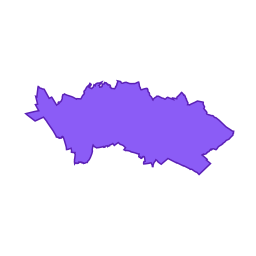 the district of Scoarta, Gorj, Romania, rotated 20°
{"feature_id": "2599482B81559571756333", "entity_name": "Scoarta", "entity_type": "district", "adm_level": 2, "iso_a3": "ROU", "parent_name": "Romania", "parent_adm1": "Gorj", "projection": "robinson", "projection_center": [23.445, 45.024], "detail": "fine", "context": "isolated", "style": "filled", "palette": "violet", "viewbox_px": 256, "rotation_deg": 20, "n_neighbors": 0, "source": "geoboundaries", "source_scale": "gbopen_adm2", "svg_char_len": 5629}
<svg xmlns="http://www.w3.org/2000/svg" viewBox="0 0 256 256"><g transform="rotate(20 128 128)"><path d="M90.1,179.8L90.2,179.4L90.5,179.3L90.5,178.9L90.9,178.7L91.6,178.6L92.0,178.8L92.7,178.5L92.9,178.1L93.3,178.0L93.2,177.8L93.2,177.5L93.5,177.5L93.6,176.9L93.9,177.1L94.0,177.0L94.0,176.8L94.0,176.7L94.5,176.6L95.1,176.1L95.5,176.1L95.6,176.4L95.9,176.5L96.3,176.1L96.8,176.3L97.0,176.0L97.3,176.0L97.2,176.4L97.6,176.4L97.6,176.2L97.8,176.1L98.2,176.3L98.2,176.1L99.3,176.0L100.2,175.1L100.5,174.7L101.5,174.3L101.6,172.8L102.1,171.9L102.4,170.7L102.7,168.7L102.8,164.5L102.5,162.0L101.7,160.3L101.4,158.3L101.1,157.1L101.1,156.0L102.7,157.0L105.5,157.4L105.9,157.0L107.3,156.4L110.2,154.6L111.0,153.9L111.5,154.4L111.9,154.0L112.3,154.1L112.8,154.0L112.9,153.8L112.7,153.2L113.0,152.8L114.5,151.8L115.2,152.5L115.5,152.0L116.7,151.0L116.4,150.6L118.6,148.5L119.0,147.8L121.1,149.1L122.7,146.6L123.8,145.0L126.4,146.1L127.2,145.9L129.6,146.1L132.4,147.4L131.6,149.8L132.2,149.8L133.3,150.1L134.2,149.7L136.2,149.2L137.8,149.1L139.1,149.4L141.4,149.1L143.9,148.9L144.9,149.0L145.5,148.8L146.3,148.8L146.6,149.0L147.2,148.6L147.8,150.1L147.7,150.4L147.9,151.2L148.3,151.3L148.7,151.6L149.0,151.5L149.5,151.1L150.3,151.2L150.2,151.5L150.1,151.9L150.6,152.1L150.8,152.0L150.5,151.8L151.2,151.4L151.4,150.7L151.7,150.4L151.6,150.1L151.7,149.8L152.0,149.7L152.3,149.8L152.6,149.4L152.9,149.6L153.2,149.5L153.8,150.3L155.5,153.5L154.5,154.0L154.6,155.6L155.1,156.4L157.0,155.5L159.8,154.0L161.4,152.8L163.3,154.4L164.1,155.9L164.7,155.7L164.3,154.5L164.2,152.5L164.4,151.2L165.0,149.5L165.0,148.3L166.0,148.5L168.0,149.7L171.6,150.7L176.0,143.0L185.7,144.2L185.7,143.9L193.1,144.7L193.2,144.4L200.0,145.2L200.5,145.6L201.9,145.0L202.9,145.1L203.2,145.3L204.7,145.7L206.5,146.1L208.1,146.1L210.7,147.4L217.7,133.2L212.7,131.3L213.1,130.4L207.6,128.3L206.8,128.1L206.8,127.8L207.3,127.4L207.7,127.3L207.7,126.9L207.8,126.7L208.6,126.7L208.9,126.6L210.2,125.5L210.6,124.8L210.6,124.1L211.0,123.8L211.0,123.5L212.1,122.5L212.5,121.2L212.6,120.9L212.8,120.3L213.0,120.6L213.5,120.0L213.8,120.1L214.0,119.9L214.2,119.6L214.1,119.1L214.3,119.1L214.9,118.5L215.4,118.3L218.1,118.3L218.8,116.9L219.2,115.0L219.9,113.8L221.5,111.9L222.4,110.5L222.2,110.3L223.6,108.3L224.1,107.3L224.5,106.1L226.7,104.0L228.2,100.4L229.0,99.1L228.5,97.2L228.9,97.1L228.4,94.9L227.2,95.2L219.7,93.4L210.9,89.5L206.9,88.2L206.3,88.5L205.3,88.3L204.1,87.5L202.9,87.5L201.8,87.9L200.4,87.8L199.3,88.0L197.3,87.9L197.0,87.7L196.8,87.2L196.8,86.4L196.1,85.8L192.5,83.8L192.8,82.8L192.5,81.6L191.9,81.3L190.6,80.0L190.2,79.2L190.0,78.2L189.8,78.0L184.0,78.9L182.1,81.0L178.9,84.1L178.0,85.3L177.6,85.2L176.0,85.7L175.9,84.4L175.6,83.7L174.8,83.1L174.5,82.6L173.7,82.1L173.2,81.4L173.1,80.9L172.2,80.3L171.4,79.4L171.0,78.8L170.5,78.4L170.1,77.9L169.2,77.7L169.3,78.0L169.2,78.1L168.6,77.3L168.0,77.2L166.6,76.3L166.2,76.2L165.8,77.0L165.3,78.5L164.2,80.9L163.5,82.1L163.5,82.6L163.8,83.8L159.8,84.5L161.0,85.7L155.9,85.7L154.9,85.5L154.0,86.4L153.5,87.6L152.9,88.3L151.4,88.0L149.7,88.2L145.8,87.7L145.1,88.1L144.4,88.1L144.1,88.4L143.7,89.4L142.7,90.6L142.3,91.5L142.0,91.9L141.9,92.5L141.9,93.2L141.6,93.1L140.8,92.1L139.3,90.8L138.4,90.5L138.0,90.2L137.0,89.7L136.4,88.4L135.8,87.6L134.8,87.2L134.1,86.5L133.9,86.1L133.8,85.5L133.0,85.0L133.1,84.8L132.8,84.4L132.2,84.3L131.5,84.6L128.7,86.5L128.6,86.8L127.5,87.5L127.0,87.6L126.6,87.2L126.4,86.8L126.1,86.7L125.8,86.0L124.4,84.8L124.0,83.8L123.3,82.8L123.2,82.4L122.3,81.2L121.3,81.9L120.1,83.2L119.2,83.9L115.6,85.3L114.1,85.7L110.6,85.7L109.1,86.5L107.7,87.8L106.8,88.0L105.9,87.7L105.4,87.0L105.1,86.9L101.9,87.3L102.4,87.8L102.6,88.1L102.5,90.4L102.7,91.4L102.6,92.5L102.2,93.3L102.5,94.0L102.4,94.5L102.0,95.2L102.0,95.7L100.5,96.0L98.8,96.5L98.5,96.1L98.0,95.8L97.5,95.9L97.1,95.3L97.3,95.0L97.2,94.6L96.2,93.8L95.5,93.9L94.6,94.4L93.9,93.6L93.1,93.8L92.7,93.3L92.0,93.0L91.7,93.0L91.5,93.3L90.5,93.3L90.4,93.3L90.6,94.0L90.4,94.9L88.7,95.5L89.0,96.1L89.0,96.5L89.4,97.0L89.3,97.3L89.4,98.0L88.8,98.6L87.5,99.3L86.9,98.2L86.1,98.0L86.4,97.6L86.9,96.2L86.4,95.9L87.6,94.6L87.7,93.7L86.0,95.4L83.9,96.3L82.9,97.2L82.5,98.3L82.5,98.9L82.6,99.4L81.3,99.0L81.3,99.7L81.4,100.8L81.3,101.7L81.0,102.2L80.7,102.4L80.6,103.2L80.3,103.4L78.2,103.2L77.0,102.9L77.2,102.3L78.3,101.5L78.6,99.9L78.2,99.6L78.0,100.0L77.8,100.0L77.4,99.7L77.1,99.1L76.9,99.1L76.9,99.5L77.0,99.9L76.6,100.9L76.6,101.4L76.0,102.1L75.3,103.6L75.1,104.3L75.0,105.7L74.8,106.1L74.8,106.9L74.1,108.4L74.3,109.3L74.8,109.5L74.9,110.1L75.2,110.7L74.8,111.5L74.8,112.1L74.3,112.7L73.9,115.8L73.7,116.8L69.9,117.9L69.7,118.5L66.0,117.9L64.2,117.8L59.3,118.0L57.4,117.9L56.8,117.7L56.6,118.2L55.7,118.7L55.4,119.1L55.6,121.2L56.2,123.0L56.0,125.4L55.5,126.7L53.8,127.4L53.7,127.9L53.8,128.2L54.7,128.6L53.6,130.0L53.1,130.9L46.2,125.4L45.7,125.1L43.8,127.1L36.0,120.3L35.6,120.2L34.5,120.6L33.1,120.4L31.8,120.6L31.0,120.4L29.9,119.7L29.4,119.7L29.4,120.1L31.7,130.1L30.5,129.9L34.9,136.5L33.0,137.7L38.2,142.3L34.5,144.5L27.0,149.5L28.8,150.2L38.3,153.2L44.9,146.7L49.5,149.6L50.1,150.2L58.7,156.3L62.9,159.9L63.8,161.0L64.3,160.8L64.9,160.9L65.5,160.6L66.1,161.0L67.4,161.0L67.5,160.9L67.3,160.6L68.0,160.6L68.7,160.3L68.7,160.0L68.8,159.9L68.6,159.4L68.7,159.2L68.8,159.0L69.0,159.2L69.2,158.9L69.3,159.2L69.5,159.2L69.7,158.7L69.9,158.9L70.2,158.7L71.7,160.4L75.6,165.7L76.6,167.2L77.6,169.3L78.9,168.6L81.4,166.5L82.8,168.7L83.0,169.9L83.1,170.1L83.8,169.9L84.0,170.0L86.6,169.2L86.7,169.8L86.5,170.1L87.4,170.8L87.5,171.2L88.3,174.5L88.5,175.9L88.9,176.9L89.2,178.0L90.1,179.8Z" fill="#8b5cf6" stroke="#5b21b6" stroke-width="1.5"/></g></svg>